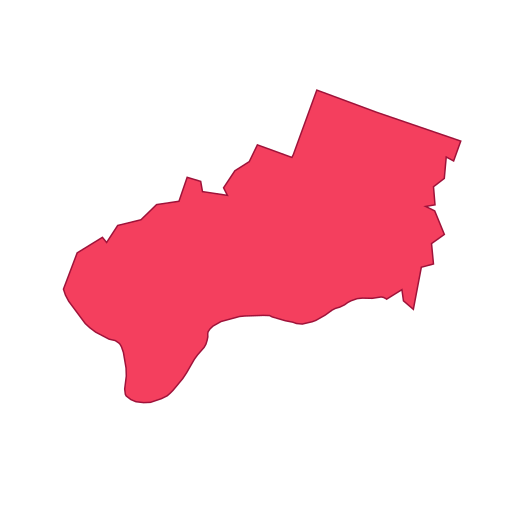 outline of Spencer, Indiana, United States of America, rotated 20°
{"feature_id": "52423323B86560635582080", "entity_name": "Spencer", "entity_type": "district", "adm_level": 2, "iso_a3": "USA", "parent_name": "United States of America", "parent_adm1": "Indiana", "projection": "natural_earth1", "projection_center": [-87.008, 37.994], "detail": "fine", "context": "isolated", "style": "filled", "palette": "rose", "viewbox_px": 512, "rotation_deg": 20, "n_neighbors": 0, "source": "geoboundaries", "source_scale": "gbopen_adm2", "svg_char_len": 1372}
<svg xmlns="http://www.w3.org/2000/svg" viewBox="0 0 512 512"><g transform="rotate(20 256 256)"><path d="M409.1,78.0L319.8,79.7L256.4,79.3L256.4,148.0L256.0,151.1L219.3,151.1L217.4,169.6L207.0,183.1L202.2,203.0L208.4,208.8L183.7,213.8L178.5,204.8L164.4,205.6L164.9,230.9L145.0,241.7L135.5,261.3L115.6,274.6L111.0,294.4L105.3,291.0L86.9,314.2L86.4,353.0L90.3,357.9L95.5,362.6L118.7,377.9L124.5,380.3L131.4,382.4L146.4,384.4L152.6,383.6L156.7,384.6L158.4,385.4L160.7,387.4L164.4,392.0L172.2,405.7L175.2,413.2L178.1,425.9L180.5,430.6L181.9,431.9L187.5,433.7L193.0,434.0L200.6,432.2L206.9,429.6L215.8,422.5L216.4,421.9L220.4,417.7L222.3,414.2L224.0,410.5L229.1,396.2L230.7,389.5L233.4,374.1L234.9,368.9L238.5,359.6L239.1,356.0L238.9,351.9L238.4,348.5L237.2,345.5L236.9,343.6L237.7,340.3L239.6,336.5L245.6,329.5L261.2,318.5L266.0,316.2L282.4,309.6L282.5,309.5L289.2,307.3L292.0,307.7L305.7,306.8L313.3,305.6L317.1,305.6L322.8,304.1L330.9,298.8L331.0,298.8L334.2,296.1L341.2,287.9L346.0,280.8L348.5,278.1L352.2,275.4L355.9,271.6L358.2,268.2L360.7,265.5L365.6,261.5L370.3,259.2L379.7,256.0L387.6,251.7L389.9,251.3L393.1,251.7L393.5,251.9L404.6,237.7L409.9,247.7L422.1,252.3L415.2,210.0L425.5,202.8L416.7,184.3L425.6,171.3L408.5,152.5L398.5,151.4L406.7,146.7L399.1,130.2L406.4,118.7L400.9,97.9L409.2,99.1L409.1,78.0Z" fill="#f43f5e" stroke="#9f1239" stroke-width="1.5"/></g></svg>